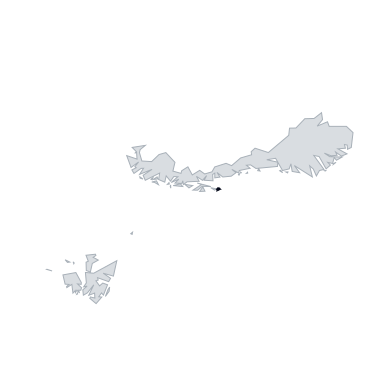 Moskenes nor, Norway shown in context, rotated 229°
{"feature_id": "86288312B19862201560696", "entity_name": "Moskenes nor", "entity_type": "district", "adm_level": 2, "iso_a3": "NOR", "parent_name": "Norway", "parent_adm1": "", "projection": "albers", "projection_center": [12.984, 67.935], "detail": "fine", "context": "in_parent", "style": "filled", "palette": "ink", "viewbox_px": 384, "rotation_deg": 229, "n_neighbors": 0, "source": "geoboundaries", "source_scale": "gbopen_adm2", "svg_char_len": 4897}
<svg xmlns="http://www.w3.org/2000/svg" viewBox="0 0 384 384"><g transform="rotate(229 192 192)"><path d="M220.3,191.3L213.3,195.9L214.8,198.2L213.7,205.4L204.7,203.4L203.3,212.0L197.3,213.4L194.1,220.3L196.0,225.6L191.3,236.5L185.9,239.2L185.8,251.0L181.0,261.4L183.6,263.1L183.7,268.3L171.7,275.5L171.3,302.2L176.2,307.5L172.1,312.4L173.3,325.2L167.4,332.4L166.9,341.8L161.0,338.0L159.6,329.7L156.1,340.3L151.5,338.6L140.2,351.6L131.2,352.5L121.1,341.4L122.2,337.4L125.6,339.9L127.8,338.2L124.4,336.5L128.9,330.4L119.1,334.0L121.1,328.3L128.0,326.6L124.5,325.6L128.1,320.7L134.5,317.4L128.3,319.1L119.9,328.2L121.2,321.9L124.7,321.9L121.3,316.8L125.3,313.9L121.5,314.1L121.5,308.4L135.4,311.2L139.7,307.9L122.4,306.4L124.6,302.3L122.5,296.4L129.7,298.6L134.6,298.0L124.4,292.7L144.8,286.6L135.9,285.9L141.8,281.1L148.4,285.2L145.7,280.5L148.8,274.4L162.6,277.2L167.3,269.6L158.2,276.3L155.2,273.3L167.8,255.7L174.0,254.0L176.5,250.6L171.8,251.4L177.2,241.8L175.7,239.7L182.9,236.9L177.7,237.9L178.2,232.0L183.1,225.1L190.4,223.7L184.9,222.9L187.7,218.5L191.3,221.6L191.7,219.1L186.7,215.2L192.9,208.9L194.8,213.8L193.9,207.6L200.9,205.6L195.4,204.4L202.9,195.0L203.3,190.4L206.5,192.4L205.1,190.0L209.9,185.0L210.3,190.4L212.8,182.6L212.8,191.3L215.6,188.4L214.3,182.9L221.1,183.1L217.3,177.9L223.3,175.0L227.5,180.0L231.5,164.4L236.7,166.1L235.3,176.7L239.7,164.0L241.7,171.0L243.2,169.1L244.1,160.4L248.1,161.1L246.9,165.8L248.6,165.5L249.7,171.4L250.5,162.1L262.3,166.6L252.9,172.1L258.7,176.5L264.9,176.1L257.8,187.4L258.0,180.7L256.3,178.2L248.3,174.5L241.4,181.5L241.9,191.7L238.9,198.1L225.6,198.6L220.3,191.3ZM185.4,42.3L189.8,45.4L189.8,51.1L191.5,48.0L192.7,52.6L201.2,58.8L195.2,64.5L189.5,90.2L180.1,77.5L189.0,71.7L180.3,73.9L179.0,70.3L189.3,64.5L187.1,63.4L188.0,61.2L181.8,60.7L181.8,64.9L177.4,67.4L172.3,57.5L175.2,57.5L174.1,52.9L171.9,55.0L170.7,46.4L178.8,45.1L179.4,46.5L175.7,49.1L179.6,52.2L181.8,46.3L186.4,57.0L184.5,47.0L185.4,42.3ZM193.8,35.8L201.1,40.7L202.0,34.8L202.9,35.3L202.9,38.6L205.7,35.8L214.1,40.2L207.4,51.5L196.4,49.1L195.0,47.8L197.7,45.3L192.2,45.8L190.8,43.6L192.2,42.0L189.6,40.8L193.4,40.8L192.6,38.0L194.2,39.2L193.8,35.8ZM202.1,60.7L208.5,66.0L207.8,68.3L213.8,70.5L208.4,78.3L207.2,77.9L207.5,74.5L202.1,76.6L203.5,69.9L198.3,62.8L202.1,60.7ZM191.4,204.2L195.4,201.8L183.7,209.8L189.6,203.5L189.7,197.4L192.8,194.0L191.4,204.2ZM197.1,192.4L202.5,191.6L196.4,196.7L197.1,192.4ZM202.2,188.6L209.2,182.0L205.8,188.6L202.2,188.6ZM170.0,58.1L173.5,64.6L174.3,67.5L171.4,64.2L170.0,58.1ZM187.4,198.1L188.6,203.5L184.1,202.3L187.4,198.1ZM225.9,168.2L223.7,172.5L219.5,171.5L223.9,170.0L225.9,168.2ZM226.9,170.9L226.3,175.6L224.4,174.7L226.9,170.9ZM178.6,210.3L182.9,209.0L178.2,212.6L178.6,210.3ZM228.9,31.8L224.2,34.6L229.0,31.5L228.9,31.8ZM220.6,51.8L224.1,51.8L219.3,53.8L220.6,51.8ZM233.9,163.5L236.6,161.9L237.7,162.6L233.9,163.5ZM228.6,169.4L228.4,171.9L227.3,170.0L228.6,169.4ZM213.9,178.4L214.2,180.8L212.9,180.1L213.9,178.4ZM200.7,118.4L200.7,120.8L199.3,119.0L200.7,118.4ZM217.3,56.5L215.7,56.5L215.4,55.7L217.3,56.5ZM165.0,255.6L165.9,257.6L163.2,257.1L165.0,255.6ZM208.8,178.5L210.4,179.2L211.4,180.5L208.8,178.5ZM190.4,37.8L191.1,39.3L190.1,38.8L190.4,37.8ZM150.3,273.1L147.1,273.1L150.5,272.1L150.3,273.1ZM145.5,276.0L144.2,277.6L143.7,276.7L145.5,276.0ZM177.5,213.2L176.0,215.1L177.6,211.9L177.5,213.2ZM120.6,317.6L119.9,320.2L120.1,316.7L120.6,317.6ZM174.5,240.1L173.9,238.5L174.8,238.6L174.5,240.1ZM258.7,174.1L258.9,176.1L258.7,175.8L258.7,174.1ZM175.3,241.7L173.7,242.0L175.7,241.3L175.3,241.7ZM170.4,245.3L170.5,246.9L169.7,246.4L170.4,245.3ZM121.2,306.0L120.1,307.6L120.5,306.2L121.2,306.0Z" fill="#d9dde1" stroke="#a8b0b8" stroke-width="1"/><path d="M177.9,213.0L177.8,212.9L177.7,212.9L177.4,212.8L177.2,212.8L177.2,212.7L177.1,212.4L177.1,212.2L177.0,211.9L177.0,212.0L176.9,212.0L177.0,212.2L176.9,212.2L176.9,212.3L176.8,212.2L176.8,212.3L176.8,212.5L176.7,212.4L176.7,212.5L176.8,212.5L176.7,212.6L176.8,212.6L176.7,212.7L176.8,212.7L176.8,212.8L176.7,212.9L176.5,213.0L176.5,213.3L176.4,213.5L176.4,213.8L176.2,213.9L176.2,214.0L176.2,214.3L176.2,214.5L176.2,214.8L175.9,214.8L175.9,215.0L175.9,214.9L176.0,214.9L176.0,215.0L175.9,215.1L176.0,215.1L176.3,215.0L176.3,214.9L176.4,214.7L176.5,214.7L176.4,214.7L176.5,214.7L176.4,214.7L176.5,214.7L176.4,214.6L176.5,214.5L176.6,214.4L176.8,214.4L176.9,214.2L177.0,214.2L177.1,214.3L177.1,214.2L177.1,214.3L177.2,214.2L177.3,214.0L177.2,214.0L177.3,214.0L177.3,213.9L177.2,213.8L177.2,213.7L177.3,213.7L177.4,213.8L177.4,213.7L177.5,213.6L177.4,213.5L177.5,213.5L177.4,213.5L177.5,213.6L177.4,213.6L177.4,213.4L177.2,213.4L176.9,213.4L176.9,213.2L177.0,213.2L176.9,213.1L177.0,213.0L177.1,212.9L177.0,212.7L177.1,212.8L177.2,213.0L177.3,213.2L177.3,213.3L177.5,213.2L177.7,213.3L177.7,213.2L177.8,213.2L177.9,213.0Z" fill="#0f172a" stroke="#020617" stroke-width="1.5"/></g></svg>